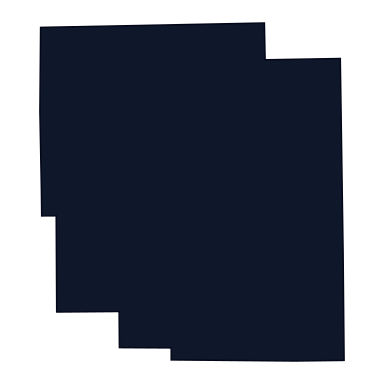 Logan, Illinois, United States of America
{"feature_id": "52423323B39972764046718", "entity_name": "Logan", "entity_type": "district", "adm_level": 2, "iso_a3": "USA", "parent_name": "United States of America", "parent_adm1": "Illinois", "projection": "natural_earth1", "projection_center": [-89.404, 40.121], "detail": "fine", "context": "isolated", "style": "filled", "palette": "ink", "viewbox_px": 384, "rotation_deg": 0, "n_neighbors": 0, "source": "geoboundaries", "source_scale": "gbopen_adm2", "svg_char_len": 335}
<svg xmlns="http://www.w3.org/2000/svg" viewBox="0 0 384 384"><path d="M40.6,27.4L39.9,111.5L41.4,190.9L41.7,215.9L56.2,215.8L56.7,312.0L119.1,311.5L119.4,347.6L171.2,347.9L171.2,359.9L294.9,361.0L344.1,360.4L343.1,251.8L340.3,58.9L340.3,58.5L265.1,59.8L264.4,23.0L40.6,27.4Z" fill="#0f172a" stroke="#020617" stroke-width="1.5"/></svg>